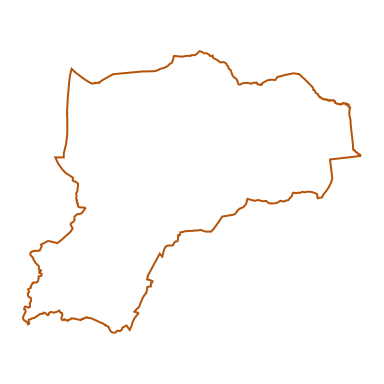 Mueang Lop Buri, Lop Buri, Thailand
{"feature_id": "78962969B19058811012170", "entity_name": "Mueang Lop Buri", "entity_type": "district", "adm_level": 2, "iso_a3": "THA", "parent_name": "Thailand", "parent_adm1": "Lop Buri", "projection": "orthographic", "projection_center": [100.688, 14.804], "detail": "fine", "context": "isolated", "style": "outline", "palette": "amber", "viewbox_px": 384, "rotation_deg": 0, "n_neighbors": 0, "source": "geoboundaries", "source_scale": "gbopen_adm2", "svg_char_len": 5792}
<svg xmlns="http://www.w3.org/2000/svg" viewBox="0 0 384 384"><path d="M71.6,68.9L70.0,75.5L69.2,82.0L67.9,96.5L67.1,110.7L67.1,112.7L67.4,113.4L67.0,113.9L67.3,119.3L67.3,133.9L66.2,143.5L63.8,153.2L63.7,157.4L55.3,157.4L58.1,163.6L62.4,169.5L65.8,173.0L73.0,177.8L72.7,180.5L73.6,181.2L75.2,181.5L76.3,182.4L77.0,182.6L77.9,183.5L78.1,183.9L77.8,184.5L78.1,186.1L77.6,188.2L77.4,191.0L76.1,193.6L76.6,196.3L76.2,198.6L76.6,199.6L76.6,200.3L76.9,200.3L76.9,201.1L77.1,201.2L77.1,203.3L77.7,203.4L78.0,204.7L77.8,206.1L78.4,206.8L80.0,207.4L83.2,207.5L84.9,207.8L85.3,208.4L81.7,213.3L78.8,214.1L77.4,214.1L74.6,216.5L74.4,217.6L74.6,219.6L74.0,221.1L73.6,221.6L71.3,223.1L70.7,224.0L70.8,225.3L72.3,227.6L72.6,228.8L72.0,229.3L70.9,231.4L60.8,240.5L57.1,243.2L54.7,242.4L49.0,241.1L47.9,241.1L46.9,241.5L43.9,243.2L40.9,244.6L41.7,246.2L39.8,250.4L38.3,250.8L35.6,250.8L33.4,251.1L31.1,252.0L30.3,253.6L30.3,254.8L30.9,255.6L32.7,257.3L33.8,260.1L35.8,263.2L38.7,266.0L38.9,266.7L38.8,269.4L39.3,269.8L40.6,270.1L41.0,270.6L40.5,271.4L39.2,271.9L39.1,272.5L39.6,273.0L41.2,273.6L41.7,274.4L41.6,275.2L40.9,276.0L39.1,276.2L38.6,276.5L38.6,278.6L38.0,281.2L37.4,281.5L37.0,282.3L36.2,282.6L34.7,282.5L33.9,282.8L33.4,282.4L32.6,283.0L31.9,284.6L31.2,285.4L30.8,286.4L30.8,287.8L28.2,289.2L29.1,291.9L27.9,293.1L28.0,295.7L29.1,297.2L30.1,297.4L30.8,297.9L31.1,301.0L29.7,303.2L30.0,306.6L29.8,307.0L28.4,307.7L26.6,306.8L25.2,306.5L24.9,306.7L24.1,309.1L24.9,309.4L25.3,309.8L25.6,311.8L23.5,315.9L23.0,317.9L23.2,318.8L23.9,320.1L27.4,322.5L27.8,323.3L27.8,324.2L28.6,324.2L29.2,323.7L29.1,322.7L28.5,321.3L28.7,319.7L30.0,319.5L32.2,318.4L34.7,317.7L39.6,314.3L40.9,313.8L42.3,313.9L43.1,313.5L43.5,312.6L45.9,313.4L47.4,315.0L48.0,315.1L48.6,314.7L49.1,312.9L49.9,312.5L50.4,312.0L51.9,312.1L53.8,312.7L57.7,311.5L59.3,310.6L60.7,312.8L61.0,313.0L61.9,313.0L62.0,313.2L62.4,315.2L61.3,317.9L62.0,319.9L62.9,319.6L63.9,320.1L64.3,319.9L64.5,319.4L64.8,319.3L67.6,320.9L68.1,320.0L70.4,319.5L71.0,318.4L73.0,318.6L73.2,318.4L80.9,320.1L81.3,319.8L81.3,319.3L81.6,318.9L82.5,318.8L83.4,319.0L84.5,317.9L85.5,317.9L86.6,317.1L88.1,318.0L90.7,318.1L97.4,321.0L99.6,322.2L103.3,323.6L104.1,324.4L105.4,324.8L105.3,325.4L108.3,326.7L110.7,331.3L111.3,331.9L112.8,332.6L114.3,332.7L115.7,332.5L115.9,332.0L117.4,330.6L119.3,331.1L119.9,331.1L122.2,329.3L122.3,327.8L126.3,325.5L126.6,325.6L129.7,329.9L131.5,325.9L132.5,322.5L134.4,318.4L138.3,313.4L137.8,312.7L134.4,311.7L136.5,309.2L138.1,308.0L139.4,306.4L140.1,304.0L142.3,298.8L143.3,296.9L145.6,293.4L146.0,293.5L146.3,292.8L147.2,289.1L147.3,286.9L150.9,286.4L150.8,284.6L151.1,283.0L151.6,283.2L152.6,281.3L150.6,280.3L147.0,279.4L147.7,277.5L147.9,276.1L147.7,276.0L159.7,253.7L162.2,256.6L164.3,249.0L165.6,246.7L167.9,245.5L172.8,245.5L174.0,243.1L175.4,241.5L177.5,241.2L177.9,239.9L178.2,236.9L178.1,235.1L179.2,235.0L179.6,235.3L179.9,235.1L180.4,232.3L182.7,232.0L185.7,231.1L186.9,231.2L190.5,230.8L192.0,231.0L192.5,230.7L194.1,230.8L195.7,230.4L198.0,230.5L200.3,229.9L205.7,231.6L211.0,231.6L213.6,229.0L218.6,222.1L222.2,216.6L233.3,214.7L234.5,214.3L235.7,213.3L236.9,211.5L238.9,209.2L239.6,208.7L243.2,207.2L245.6,204.7L246.2,203.7L247.4,198.9L254.6,200.8L258.1,200.0L262.6,201.2L264.3,201.2L265.2,201.0L266.4,201.1L268.3,202.9L269.3,203.3L272.5,203.5L275.5,203.2L277.8,202.5L280.2,200.8L284.0,201.5L285.9,200.6L288.4,200.2L289.4,198.6L291.7,196.3L293.0,192.9L293.4,192.6L296.2,193.2L298.0,192.7L300.2,192.9L302.3,191.8L304.4,192.3L308.3,191.6L312.3,192.1L316.5,193.7L317.2,194.5L317.3,197.4L317.8,198.3L318.8,197.9L321.6,197.5L322.5,196.8L323.2,194.7L326.1,191.2L328.7,187.4L331.1,182.5L332.3,178.4L330.0,159.5L361.0,155.9L360.4,155.7L360.3,154.9L359.6,154.9L359.1,154.2L358.7,154.4L358.1,154.1L357.5,152.9L356.9,152.4L356.0,152.3L355.8,151.9L355.2,151.4L355.0,150.8L354.3,150.2L353.7,150.2L353.6,149.6L353.2,149.4L352.8,143.3L350.7,124.8L350.5,119.9L349.6,116.2L349.3,113.6L349.6,108.7L350.2,107.5L349.8,107.0L349.2,107.0L348.6,105.9L348.3,105.9L348.7,104.8L347.3,104.9L347.3,104.0L346.7,104.1L346.2,103.7L345.6,104.2L345.2,103.2L344.0,103.6L343.4,103.1L343.0,103.4L342.4,103.3L342.3,103.8L341.4,104.3L340.4,104.1L340.2,104.5L339.7,104.1L339.1,104.2L338.0,103.6L337.5,104.0L335.9,103.1L335.4,103.1L334.9,102.4L335.1,101.8L334.8,101.6L334.9,101.2L334.7,100.9L333.9,100.8L333.3,100.1L331.9,100.5L331.7,100.3L331.3,100.5L330.6,100.6L329.7,100.0L329.5,100.6L329.0,100.5L328.4,100.7L327.6,99.9L327.2,99.9L326.8,99.5L326.1,99.9L325.5,99.6L325.4,99.3L324.2,99.5L323.6,98.9L323.1,99.1L323.0,98.8L321.6,98.4L320.9,97.9L320.8,97.4L320.0,97.4L319.9,96.9L318.8,96.3L318.5,95.3L317.8,94.8L317.8,94.1L316.1,93.1L315.3,92.4L315.2,91.6L314.3,90.1L313.3,89.9L313.2,88.3L312.6,87.2L304.7,79.2L299.0,74.0L298.2,74.2L297.1,73.8L293.4,73.3L285.5,74.9L279.6,76.5L277.9,76.7L277.3,77.2L275.3,80.0L271.7,79.7L267.9,80.1L262.7,82.9L262.1,83.6L261.9,84.6L261.6,84.9L261.0,84.7L261.0,84.3L260.5,84.3L260.3,84.8L259.8,84.9L258.9,84.5L258.2,84.5L256.9,83.7L256.8,82.7L256.3,82.5L255.0,82.9L253.7,82.6L251.6,83.7L247.7,82.9L245.3,82.9L241.9,83.5L240.2,84.5L239.6,84.6L238.8,84.4L238.2,83.8L237.3,80.6L236.0,78.5L234.1,77.5L232.4,75.2L230.6,70.0L228.6,68.6L228.2,66.5L226.9,65.2L226.3,63.7L225.6,63.0L223.8,62.1L221.0,62.4L219.8,62.1L217.4,60.1L213.4,58.1L212.8,57.3L212.7,55.7L210.2,56.1L208.9,54.5L206.9,53.4L204.3,53.3L201.4,51.6L199.7,51.3L199.2,51.4L197.0,53.7L195.5,54.8L193.8,55.2L191.6,55.1L190.3,56.0L187.5,55.8L181.6,56.7L174.1,55.9L173.7,56.4L173.0,59.9L171.9,62.8L169.5,64.1L168.4,65.4L166.7,66.7L163.7,68.0L160.0,68.9L158.3,70.0L156.8,70.6L153.9,71.2L142.0,71.5L113.2,74.2L103.2,79.7L99.8,82.0L98.7,82.4L98.9,82.9L95.0,82.9L95.1,83.2L92.1,83.6L90.7,83.1L85.1,79.7L75.9,72.9L71.6,68.9Z" fill="none" stroke="#b45309" stroke-width="2"/></svg>